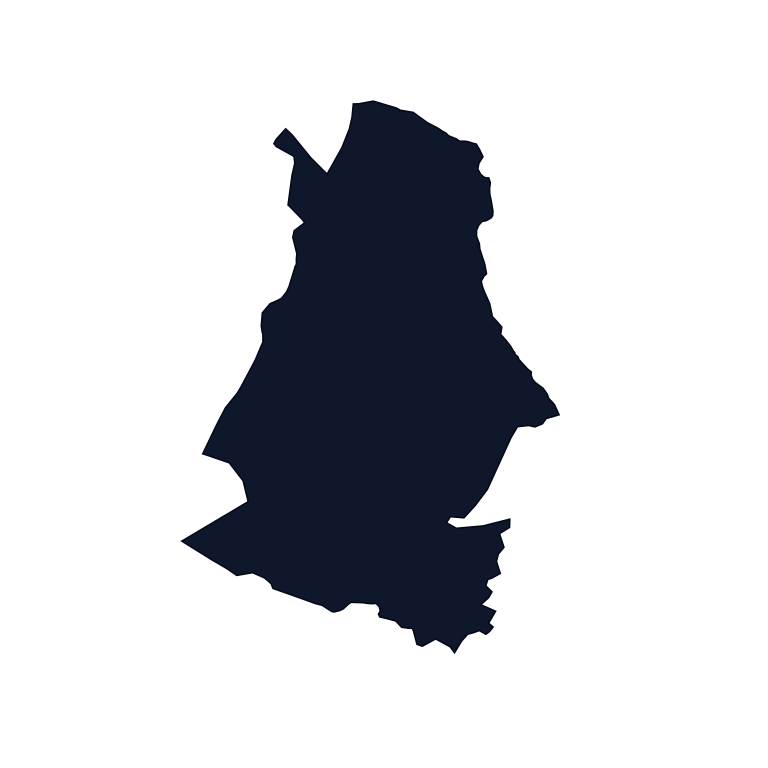 Karaye, Kano, Nigeria, rotated 307°
{"feature_id": "59680162B44599338364171", "entity_name": "Karaye", "entity_type": "district", "adm_level": 2, "iso_a3": "NGA", "parent_name": "Nigeria", "parent_adm1": "Kano", "projection": "robinson", "projection_center": [8.014, 11.761], "detail": "fine", "context": "isolated", "style": "filled", "palette": "ink", "viewbox_px": 768, "rotation_deg": 307, "n_neighbors": 0, "source": "geoboundaries", "source_scale": "gbopen_adm2", "svg_char_len": 2523}
<svg xmlns="http://www.w3.org/2000/svg" viewBox="0 0 768 768"><g transform="rotate(307 384 384)"><path d="M514.4,150.6L509.7,151.4L508.8,155.2L511.6,175.1L506.7,179.8L495.4,184.9L469.2,199.6L469.3,199.8L466.3,219.0L465.0,223.6L452.4,220.0L446.2,222.9L435.6,236.0L431.0,238.8L427.3,241.7L425.5,242.2L424.4,242.2L423.4,242.7L404.4,249.6L398.8,250.7L390.7,250.6L384.7,247.6L379.7,244.7L367.6,244.0L356.3,251.2L351.6,256.1L350.9,257.3L344.7,262.0L325.3,266.8L296.5,271.4L288.4,272.3L269.7,271.7L265.9,272.3L250.5,274.9L219.1,281.2L219.8,283.1L227.9,307.8L221.9,329.7L208.3,346.3L136.8,317.0L139.9,351.8L142.0,369.9L142.5,381.6L154.2,392.6L157.2,405.2L156.6,413.9L153.9,418.4L156.8,427.6L159.8,437.0L167.4,461.5L170.0,467.8L170.8,479.1L171.7,481.2L176.4,485.0L179.9,486.8L186.8,488.1L189.8,489.1L196.6,498.8L198.9,503.0L201.2,506.5L204.0,509.8L203.2,514.3L200.4,517.6L196.8,518.1L195.4,520.8L198.8,528.6L201.8,536.0L200.3,544.5L204.0,551.1L205.9,553.3L204.5,556.1L195.9,567.0L197.6,572.4L211.5,578.7L213.9,595.1L211.7,602.1L225.3,600.7L234.4,601.4L239.2,605.1L244.4,608.5L245.4,616.0L250.0,617.3L255.6,617.4L256.0,611.5L269.7,609.9L266.0,594.1L276.3,596.2L283.0,595.3L284.1,586.8L290.4,584.5L293.5,586.8L302.7,590.9L310.0,580.6L317.0,577.7L325.8,578.1L334.0,566.3L345.0,570.6L351.8,565.8L330.3,548.5L312.3,528.6L310.8,517.4L318.0,516.9L325.2,528.4L342.2,530.0L362.0,530.0L417.7,517.7L430.2,516.3L437.9,524.5L440.6,530.4L447.6,534.5L453.9,534.3L464.8,542.4L470.2,532.4L471.7,524.1L474.0,520.8L475.2,517.3L476.4,513.3L476.3,510.5L476.3,507.2L476.3,503.6L477.3,499.6L479.7,496.1L482.3,494.4L482.4,489.8L483.7,482.7L484.7,477.2L486.4,474.5L486.5,470.7L487.9,469.4L488.1,467.7L490.3,462.6L491.5,458.2L492.2,455.6L492.8,452.7L493.9,447.1L496.2,446.1L500.4,443.8L502.0,436.0L503.1,430.0L512.0,419.8L518.3,408.3L521.7,403.2L524.7,399.8L529.9,399.0L533.8,399.5L540.5,392.2L544.7,386.1L549.5,379.3L553.4,375.8L557.7,369.0L562.4,365.5L567.6,364.1L572.7,364.5L576.2,367.5L581.1,369.6L583.8,369.5L587.4,367.2L592.9,361.5L599.6,354.0L603.8,350.6L608.7,347.9L611.7,343.5L610.2,341.8L609.4,339.3L609.7,335.0L612.1,329.6L617.4,327.0L625.1,326.3L628.8,319.1L631.2,313.3L629.5,309.4L628.4,306.0L626.9,302.9L625.2,300.5L623.5,298.4L623.3,294.2L622.1,289.8L621.1,286.0L621.7,282.8L621.1,278.3L620.8,273.3L618.8,261.4L618.5,243.8L612.5,232.3L611.9,227.9L603.5,205.2L592.5,195.1L589.2,190.9L577.6,198.0L566.9,202.8L547.6,208.1L517.4,212.2L520.5,190.0L527.7,160.5L528.7,151.9L514.4,150.6Z" fill="#0f172a" stroke="#020617" stroke-width="1.5"/></g></svg>